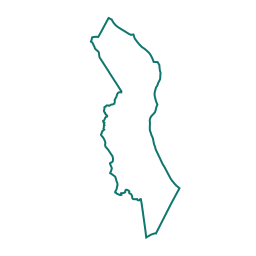 Urucurituba, Amazonas, Brazil, rotated 118°
{"feature_id": "56859067B45794754375958", "entity_name": "Urucurituba", "entity_type": "district", "adm_level": 2, "iso_a3": "BRA", "parent_name": "Brazil", "parent_adm1": "Amazonas", "projection": "orthographic", "projection_center": [-57.737, -2.835], "detail": "fine", "context": "isolated", "style": "outline", "palette": "teal", "viewbox_px": 256, "rotation_deg": 118, "n_neighbors": 0, "source": "geoboundaries", "source_scale": "gbopen_adm2", "svg_char_len": 3680}
<svg xmlns="http://www.w3.org/2000/svg" viewBox="0 0 256 256"><g transform="rotate(118 128 128)"><path d="M188.8,80.1L210.9,64.1L214.7,61.5L216.1,60.5L211.3,57.6L208.8,55.2L208.1,54.4L208.0,53.8L174.9,54.4L158.0,54.3L157.0,54.3L156.2,58.2L155.4,60.6L154.1,63.7L153.6,64.8L153.1,65.9L151.4,68.5L147.3,74.6L145.5,77.2L143.7,80.3L140.9,84.1L140.4,84.7L137.1,89.2L136.1,90.5L133.7,93.8L132.8,94.5L132.1,95.0L131.5,95.7L130.9,96.6L130.3,97.1L129.6,97.8L128.0,99.1L125.4,101.2L124.8,101.9L124.2,102.7L123.3,103.9L121.6,105.6L120.3,107.1L119.3,107.9L117.1,109.1L115.1,110.1L114.1,110.5L113.1,111.0L112.5,111.5L111.6,112.1L110.4,112.6L109.3,112.9L107.9,113.0L106.5,112.9L105.3,112.6L104.6,112.4L103.7,112.1L101.3,111.6L100.2,111.8L97.7,112.3L97.1,112.5L96.4,112.8L95.0,112.9L93.6,113.0L91.6,115.4L90.3,116.7L89.5,117.4L87.9,118.9L85.6,120.5L83.8,121.2L79.1,122.3L77.3,122.0L73.8,122.5L71.4,122.5L69.6,122.6L68.0,123.4L66.0,124.3L63.8,125.3L62.6,126.6L61.3,127.5L59.9,128.5L57.8,129.8L55.9,132.7L57.6,136.4L56.2,137.9L54.8,139.6L53.9,140.9L52.9,142.4L52.2,143.7L51.6,145.2L50.6,149.1L50.3,150.7L50.1,152.6L49.9,154.1L49.4,155.7L48.7,157.7L47.6,160.3L45.9,163.9L44.6,165.4L42.9,167.1L44.3,169.0L44.5,170.7L44.3,174.2L44.1,176.4L44.0,179.2L43.8,182.1L43.6,184.5L43.2,186.7L42.5,188.7L41.8,190.3L40.8,192.0L39.9,193.3L40.0,196.8L57.2,196.9L61.6,197.0L62.2,198.6L63.1,200.1L64.7,202.2L67.5,201.5L69.1,201.3L69.3,199.6L70.2,198.3L72.2,195.6L73.4,194.4L74.0,192.3L74.3,190.6L74.9,189.3L76.1,188.4L77.4,187.5L78.9,186.4L87.1,171.7L88.3,169.7L92.5,162.2L93.5,160.3L98.8,151.0L99.7,150.7L100.1,151.7L100.5,152.4L101.0,152.9L101.8,153.3L102.5,153.4L103.2,153.4L103.8,153.3L104.8,153.1L105.4,153.0L106.2,152.8L107.0,153.0L107.7,152.9L108.7,152.9L109.7,152.9L110.5,152.2L111.2,152.0L112.1,151.7L112.9,151.5L113.5,151.9L114.1,152.3L114.7,153.0L115.3,153.9L116.1,154.4L116.8,154.7L117.3,155.1L117.5,156.2L117.8,156.9L118.1,157.4L118.9,157.7L119.7,157.8L120.1,158.3L120.8,158.6L121.8,158.0L122.5,157.7L123.4,157.5L124.0,157.4L124.7,156.9L125.1,156.2L125.2,155.5L126.0,155.0L126.3,154.1L126.5,153.3L126.7,152.7L127.1,152.0L127.9,152.0L128.3,152.7L128.9,152.7L129.5,152.9L130.6,152.8L131.6,152.7L132.6,152.7L133.4,153.3L134.0,153.0L134.2,152.4L134.4,151.9L134.5,151.3L135.2,151.5L135.9,151.0L136.1,150.5L136.5,150.1L137.0,150.4L137.6,150.3L138.2,149.9L139.0,149.5L140.0,149.4L140.5,148.9L140.6,148.3L141.5,148.5L142.3,149.0L143.0,149.2L143.6,149.0L144.4,149.0L145.1,148.8L145.9,148.8L146.6,148.7L147.0,148.2L147.5,147.1L147.9,145.9L148.2,145.3L148.7,144.6L149.1,143.9L149.4,143.4L149.8,143.0L150.4,142.3L151.0,141.6L151.4,141.2L153.7,140.3L154.2,139.9L154.7,139.4L155.2,138.9L155.4,138.3L156.3,135.7L158.2,132.2L159.0,130.7L159.7,129.3L160.2,128.4L161.1,127.7L161.7,127.2L162.5,126.6L163.3,126.3L164.2,125.9L165.0,125.9L166.0,126.3L166.6,126.7L167.1,127.3L167.8,127.2L168.3,126.8L168.7,126.3L169.4,125.5L170.0,124.7L170.5,124.0L171.2,123.4L172.2,123.1L173.7,122.8L175.0,122.7L176.2,122.6L176.5,119.4L177.0,116.5L178.1,115.2L180.0,113.5L180.8,112.6L181.5,111.7L182.5,111.0L183.6,110.3L184.3,110.3L185.7,109.9L187.2,109.4L188.6,109.3L190.1,109.4L190.9,109.1L190.9,108.0L191.2,107.2L191.1,105.5L191.0,104.4L190.9,103.5L190.5,102.9L190.1,102.5L189.6,103.2L188.9,103.5L188.5,103.1L188.1,102.2L187.2,101.1L186.1,100.4L185.5,100.4L185.1,100.8L184.4,101.0L183.4,100.7L183.1,100.0L183.0,98.3L183.3,97.1L184.2,96.8L184.8,96.5L185.0,95.9L184.9,94.6L185.1,93.9L185.8,93.0L186.3,92.3L186.9,91.9L187.4,91.6L187.9,91.3L188.2,90.8L188.3,90.1L188.0,89.1L187.3,87.9L186.9,87.3L186.5,86.6L187.1,85.9L187.0,84.9L186.7,84.3L186.2,84.0L185.4,84.0L184.8,83.3L188.8,80.1Z" fill="none" stroke="#0f766e" stroke-width="2"/></g></svg>